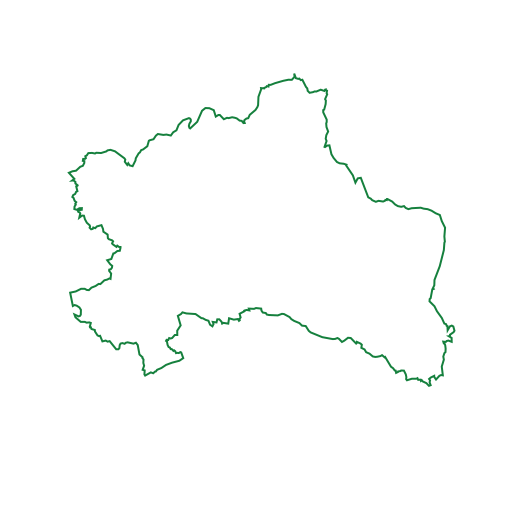 outline of Copalnic-Manastur, Maramures, Romania, rotated 76°
{"feature_id": "2599482B86990390318638", "entity_name": "Copalnic-Manastur", "entity_type": "district", "adm_level": 2, "iso_a3": "ROU", "parent_name": "Romania", "parent_adm1": "Maramures", "projection": "equal_earth", "projection_center": [23.692, 47.516], "detail": "fine", "context": "isolated", "style": "outline", "palette": "green", "viewbox_px": 512, "rotation_deg": 76, "n_neighbors": 0, "source": "geoboundaries", "source_scale": "gbopen_adm2", "svg_char_len": 6091}
<svg xmlns="http://www.w3.org/2000/svg" viewBox="0 0 512 512"><g transform="rotate(76 256 256)"><path d="M268.8,446.3L271.8,446.0L277.5,442.0L278.5,438.0L279.7,436.5L280.1,433.8L281.0,432.5L284.4,434.4L285.1,434.3L285.2,433.5L287.0,433.3L288.8,430.3L290.3,430.5L294.7,429.0L295.7,427.8L295.7,426.6L301.7,425.7L301.7,422.3L303.2,420.7L303.2,418.6L312.7,414.2L313.2,412.1L312.4,410.9L309.5,409.8L308.2,408.6L308.2,406.7L309.4,404.7L308.7,403.4L308.7,401.5L311.4,396.1L311.1,393.5L313.8,392.3L323.4,392.9L326.8,390.6L327.5,390.9L329.2,390.2L332.5,391.2L335.4,391.1L339.0,393.5L340.1,391.7L343.9,392.9L345.2,392.5L343.5,386.2L344.9,384.1L343.7,381.9L343.8,381.1L342.5,379.5L341.8,374.9L339.9,369.6L339.2,363.2L339.1,355.7L337.5,351.3L331.5,351.9L330.9,352.7L331.5,354.4L330.9,355.9L330.9,357.1L328.9,357.4L327.7,358.3L328.1,359.1L325.9,360.3L325.7,361.3L324.0,361.7L323.2,362.8L320.9,363.3L317.5,363.1L316.6,363.8L315.7,363.0L316.3,361.5L314.6,360.1L315.4,358.8L315.3,357.2L313.0,353.9L313.6,351.5L309.4,350.5L305.1,345.9L295.2,346.3L294.2,342.9L292.9,341.0L294.9,337.4L297.7,328.7L303.1,324.0L303.6,322.6L305.8,320.3L307.3,317.8L311.5,317.2L313.7,315.3L311.8,313.7L309.5,313.9L310.9,310.4L308.1,308.9L308.6,306.9L311.5,305.3L313.4,305.2L313.0,303.8L314.9,299.3L309.9,297.2L312.4,292.9L312.8,288.8L314.8,288.2L314.4,287.3L313.3,287.4L311.9,285.8L308.1,285.9L306.8,280.6L306.2,280.6L306.1,280.0L306.1,278.1L307.2,275.6L305.3,275.7L306.8,270.7L306.5,268.6L308.3,263.7L310.3,263.9L312.5,263.1L313.7,260.3L315.4,259.7L316.4,257.7L318.9,249.2L318.4,244.8L319.1,242.9L323.4,238.2L325.8,237.0L328.2,234.7L331.6,230.1L334.7,228.2L336.0,224.7L341.4,222.9L343.4,221.4L350.8,211.3L355.2,201.6L355.6,199.3L355.3,196.8L356.5,195.5L360.2,193.4L359.5,190.8L357.6,186.5L358.5,183.9L365.2,180.0L364.7,179.1L363.8,178.8L366.3,175.7L367.7,174.8L370.6,176.0L372.9,173.3L376.0,172.4L378.2,169.5L381.7,167.0L382.8,164.7L383.1,162.6L383.2,159.4L382.7,157.7L385.6,155.6L385.3,155.1L396.1,151.8L398.1,150.1L400.6,149.1L401.0,148.2L403.3,148.3L402.9,146.3L402.4,146.0L402.6,143.6L402.2,142.9L403.0,140.2L407.1,139.3L409.9,139.4L411.8,140.1L413.1,139.6L412.8,134.4L413.9,130.1L413.6,128.9L415.4,128.6L415.8,126.3L417.1,126.2L416.6,125.2L418.0,124.6L420.6,121.4L423.8,119.6L423.6,117.8L420.5,118.1L418.8,117.2L417.2,117.8L416.2,115.8L415.4,112.1L416.5,112.3L419.4,111.2L416.6,107.0L416.3,105.2L417.0,103.6L408.2,102.5L402.0,98.8L398.9,98.6L395.8,96.7L395.1,95.4L391.7,94.4L388.4,94.0L387.1,94.1L386.3,94.9L384.4,95.0L385.3,92.7L384.6,91.6L384.6,89.8L386.6,86.9L382.8,86.0L380.5,88.3L380.6,87.2L379.3,86.8L377.7,82.7L376.5,81.5L372.1,81.6L370.9,82.9L371.2,84.9L374.4,88.0L370.3,87.2L369.9,87.9L368.2,88.0L367.1,89.6L361.1,90.7L353.3,93.8L347.9,95.0L342.0,98.6L339.8,97.9L339.1,96.7L331.0,93.0L330.9,91.6L329.9,92.0L327.6,90.1L322.4,88.6L310.4,80.2L295.7,72.3L288.7,70.0L287.8,69.3L282.6,68.5L274.3,65.7L267.0,67.3L260.7,67.7L258.0,71.3L254.5,74.7L252.1,78.1L250.6,81.9L249.0,84.5L247.3,93.4L247.4,96.8L245.6,99.1L243.4,100.3L243.4,103.2L241.9,106.3L239.6,108.6L236.1,110.7L232.5,114.7L232.4,115.2L233.4,115.6L232.9,116.9L233.6,117.5L233.9,119.5L232.1,123.8L232.4,126.6L229.9,129.8L228.2,130.7L226.2,132.9L205.5,135.4L205.3,138.5L208.9,141.8L201.2,142.5L190.0,146.6L189.3,146.1L187.7,148.6L186.3,152.4L184.4,154.7L179.6,157.0L175.5,158.2L166.4,158.0L166.1,160.3L167.0,162.7L166.7,163.1L161.5,159.7L159.1,160.0L155.7,158.5L152.7,155.9L147.9,156.4L144.3,155.8L143.1,155.0L140.8,154.4L132.9,156.0L130.7,155.5L130.4,154.4L125.5,151.7L122.1,150.6L120.5,151.0L116.3,147.8L115.2,148.1L112.8,147.1L112.1,148.2L111.3,148.0L111.3,148.7L112.4,149.7L110.3,153.0L111.0,157.7L110.5,159.3L110.8,161.1L110.6,164.5L108.2,165.9L105.8,165.7L104.0,166.6L96.2,168.4L96.2,170.0L94.3,171.1L94.4,172.1L93.1,174.3L88.2,174.8L91.4,175.2L93.7,178.6L92.8,182.0L92.6,187.1L92.9,195.7L93.5,200.4L93.0,202.2L94.6,202.9L93.8,204.4L94.6,205.4L94.9,207.5L95.3,207.6L94.3,210.5L95.4,210.6L102.1,215.1L110.2,217.5L111.9,218.7L114.2,221.2L117.5,227.9L120.4,230.2L120.3,232.0L121.3,234.3L122.4,235.0L124.2,234.8L124.0,236.0L121.4,237.2L120.7,239.1L117.8,241.4L116.7,243.2L115.6,245.6L115.6,249.2L114.9,250.7L115.5,254.1L110.4,257.0L110.1,258.4L111.0,261.3L104.3,261.7L101.3,265.5L100.2,269.3L102.0,273.2L111.6,280.6L116.3,289.0L115.6,289.6L113.6,289.7L111.5,288.6L109.6,286.7L108.1,286.3L106.9,286.6L106.0,287.7L106.7,294.0L110.1,299.4L114.8,302.8L115.9,306.4L118.5,309.5L116.5,313.5L116.1,316.6L113.9,321.7L115.0,324.0L117.9,327.2L118.0,331.3L118.3,332.1L123.2,334.9L125.3,339.8L125.5,341.8L127.4,343.6L128.0,345.0L132.1,349.0L134.1,349.8L139.0,354.0L137.5,356.7L135.1,357.5L136.5,358.9L132.8,360.5L130.8,359.5L129.3,360.1L120.3,367.5L117.8,371.5L117.6,374.5L118.3,375.9L118.6,381.4L117.2,386.0L117.6,387.4L116.3,390.2L115.6,393.8L117.4,395.8L117.9,397.5L119.9,397.4L120.4,398.4L120.0,400.2L121.8,401.0L122.4,399.6L124.2,400.1L126.6,402.2L126.9,404.9L129.7,410.0L129.4,413.7L130.0,417.4L137.2,413.6L138.3,416.1L138.5,414.8L140.4,413.3L141.9,413.7L144.9,411.5L144.5,412.3L144.9,413.6L149.9,413.6L150.2,415.0L152.0,416.4L152.7,418.7L154.3,419.9L155.4,419.0L158.7,418.6L160.3,417.4L161.7,418.8L162.6,418.5L164.1,420.1L166.5,420.9L168.3,417.9L167.5,417.7L166.9,415.8L167.4,413.4L169.0,413.9L168.5,418.0L170.3,417.7L171.0,416.6L172.1,416.2L176.1,418.2L174.7,415.0L175.3,413.2L178.9,413.1L182.8,412.1L186.1,409.9L187.3,409.9L188.3,410.6L190.2,409.5L190.2,407.9L189.0,407.0L190.1,405.3L188.8,403.2L188.7,398.5L192.8,397.9L195.5,398.2L199.3,394.8L202.9,395.4L204.1,394.7L206.0,391.8L207.2,391.1L208.9,392.6L209.8,392.3L213.4,389.2L212.4,388.1L214.1,386.7L214.5,385.3L215.3,385.5L218.0,386.9L217.6,389.3L219.1,392.7L219.0,393.8L223.9,397.1L224.1,401.4L228.8,399.4L230.8,397.9L232.5,398.6L233.7,400.1L233.7,401.7L234.9,402.1L238.0,400.8L243.0,402.7L242.3,403.6L242.9,406.2L242.9,409.0L245.6,413.8L245.0,415.4L246.3,418.9L246.9,423.3L248.7,426.4L248.0,428.4L246.4,430.1L245.5,433.6L246.8,439.5L246.6,445.2L260.2,445.8L259.7,443.9L260.8,442.0L263.2,439.8L265.9,438.9L270.5,440.2L271.5,441.2L271.7,442.7L268.8,446.3Z" fill="none" stroke="#15803d" stroke-width="2"/></g></svg>